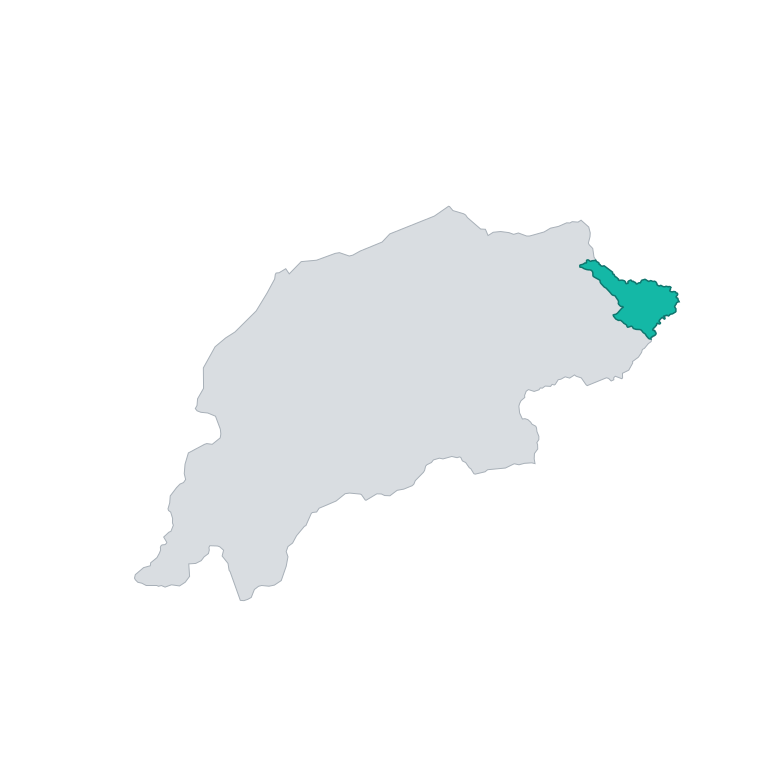 Bayan-Ölgiy on a map of Mongolia (Albers equal-area conic projection), rotated 157°
{"feature_id": "MNG-3208", "entity_name": "Bayan-Ölgiy", "entity_type": "Province", "adm_level": 1, "iso_a3": "MNG", "parent_name": "Mongolia", "parent_adm1": "", "projection": "albers", "projection_center": [89.851, 48.282], "detail": "fine", "context": "in_parent", "style": "filled", "palette": "teal", "viewbox_px": 768, "rotation_deg": 157, "n_neighbors": 0, "source": "natural_earth", "source_scale": "10m", "svg_char_len": 8633}
<svg xmlns="http://www.w3.org/2000/svg" viewBox="0 0 768 768"><g transform="rotate(157 384 384)"><path d="M80.1,344.6L82.4,344.6L85.8,342.0L86.3,338.5L87.4,336.5L95.5,335.7L99.2,336.8L99.8,334.6L100.5,334.2L102.5,336.2L104.3,335.4L105.6,334.5L106.8,331.8L109.6,332.3L114.4,329.3L114.2,324.0L116.1,322.7L120.4,321.7L120.9,319.3L121.7,318.6L124.9,317.9L130.2,315.1L132.7,314.8L134.6,312.4L139.3,309.3L146.4,307.6L146.9,306.1L153.3,301.1L160.3,300.7L162.0,296.4L163.0,295.9L168.1,300.8L170.1,300.0L170.8,298.1L173.7,298.0L175.1,301.4L176.8,302.8L197.6,303.1L198.3,304.4L200.0,312.5L204.1,316.1L205.1,317.9L210.8,316.9L214.4,319.8L219.4,319.3L221.9,319.9L226.6,316.7L227.7,316.6L229.4,318.0L231.6,316.7L236.4,319.1L239.9,318.3L241.7,319.3L243.6,318.1L248.7,318.5L253.2,322.4L255.9,321.8L259.0,318.6L259.7,316.6L264.4,315.1L266.9,312.9L268.5,310.9L270.5,304.3L270.3,297.7L267.8,297.0L265.5,295.0L263.9,291.6L263.5,289.2L260.8,285.8L260.8,283.9L261.8,280.5L261.9,275.3L263.2,272.3L266.2,270.3L266.3,268.2L267.9,264.1L272.7,261.2L275.0,256.4L276.1,251.7L278.8,253.7L285.7,256.1L291.3,256.9L295.3,259.7L305.0,259.2L322.1,264.6L325.3,263.7L335.3,265.4L336.3,266.3L337.2,272.1L338.2,273.6L339.5,279.8L341.9,282.6L342.0,286.4L343.0,287.4L345.5,287.6L349.9,290.8L359.0,292.0L362.0,294.1L368.2,294.8L371.0,293.2L376.1,292.9L377.8,292.1L380.4,288.6L382.2,287.3L393.0,282.8L395.6,280.2L397.6,279.4L406.8,279.5L413.5,281.0L422.2,278.8L427.0,281.1L429.4,283.8L433.5,285.7L445.9,284.0L446.6,284.5L448.0,291.0L448.8,291.9L458.4,297.1L462.6,298.2L473.8,295.0L492.3,295.0L496.0,292.5L500.2,293.7L501.6,293.2L511.2,284.2L512.9,284.1L523.8,278.5L530.3,273.3L535.9,271.9L539.5,268.0L539.9,262.5L545.2,254.5L555.4,243.2L563.5,241.7L568.9,242.8L575.3,246.3L578.5,246.8L583.6,245.5L589.6,239.4L593.6,239.0L597.6,239.3L600.8,241.0L599.0,271.4L599.4,273.0L597.7,279.8L600.2,288.9L596.6,293.7L598.9,298.5L600.7,300.0L607.5,303.2L609.0,302.0L609.7,299.4L611.9,296.5L617.1,295.2L621.3,292.8L627.4,292.4L634.0,294.7L638.1,282.9L644.4,279.2L651.1,278.0L658.1,282.2L664.9,282.6L667.7,285.5L670.6,285.9L671.9,287.3L681.6,291.4L684.8,295.3L688.1,297.7L689.4,301.0L689.5,302.8L687.4,305.7L677.1,308.9L670.1,308.0L668.6,310.6L660.8,312.9L657.0,315.9L654.6,318.3L653.6,321.2L652.5,322.2L651.2,322.6L648.2,321.7L646.3,322.5L645.8,323.1L646.6,329.2L640.0,331.6L637.6,331.7L633.1,336.3L633.0,338.8L631.1,342.9L630.4,349.5L631.8,351.7L631.6,353.5L627.7,358.3L624.5,364.5L615.4,369.7L610.9,371.6L607.1,371.6L603.9,373.6L602.9,379.5L598.5,387.9L591.0,397.0L572.8,398.6L570.4,398.4L565.7,395.6L555.8,398.4L553.7,401.8L552.3,406.4L551.7,420.2L557.6,426.2L563.6,429.5L566.5,432.3L567.3,435.1L564.5,437.3L561.4,443.2L551.8,450.5L544.0,469.4L524.9,484.3L511.7,488.3L500.9,490.1L473.1,501.2L456.1,513.4L443.6,523.4L441.2,527.4L439.9,528.3L437.1,527.4L429.4,528.5L428.2,522.4L412.4,529.0L397.7,524.3L377.8,523.3L373.7,522.3L366.0,515.4L362.4,514.8L353.9,515.7L330.3,515.4L320.0,519.9L272.0,518.9L255.1,522.4L254.3,521.7L252.8,516.7L244.1,509.5L242.8,507.6L242.2,504.6L234.5,488.9L230.2,486.8L230.2,480.0L224.2,481.0L217.1,478.8L209.8,474.5L206.2,471.1L201.3,470.5L194.8,464.4L192.0,463.3L177.2,461.4L169.9,462.4L161.9,460.9L152.9,461.0L150.0,459.6L147.4,459.9L142.1,457.2L138.6,457.8L134.2,448.5L135.1,442.6L136.8,439.1L140.8,433.9L140.7,431.9L138.9,427.2L141.1,418.8L140.2,413.6L137.8,407.8L134.8,406.4L130.5,398.5L129.1,392.2L127.2,388.0L122.9,385.4L121.4,381.6L120.1,381.4L119.2,382.6L116.6,383.1L114.0,380.7L112.5,378.0L111.0,377.3L108.1,377.4L105.6,378.7L102.7,378.0L100.3,375.5L93.9,371.7L93.7,368.9L92.8,367.0L90.9,366.4L89.0,364.4L82.8,361.9L82.7,360.6L84.4,357.6L80.2,355.1L78.6,352.5L81.1,349.2L80.1,346.9L80.1,344.6Z" fill="#d9dde1" stroke="#a8b0b8" stroke-width="1"/><path d="M81.6,356.1L80.4,355.5L80.0,355.2L79.7,354.9L79.6,354.6L79.6,354.0L79.6,353.7L79.4,353.5L79.2,353.4L78.8,353.2L78.5,352.9L78.5,352.4L78.6,351.9L78.9,351.4L80.4,350.7L81.1,350.1L81.1,349.1L80.8,348.8L80.5,348.6L80.2,348.4L80.1,347.8L80.2,347.2L80.4,346.8L80.5,346.3L80.4,345.7L80.2,344.8L80.2,344.5L80.6,344.7L80.9,344.7L82.8,344.5L83.1,344.3L83.5,343.8L84.2,343.2L85.7,342.3L86.3,341.6L86.4,340.9L86.1,340.1L85.9,339.2L86.3,338.4L86.5,338.0L86.8,337.1L87.0,336.7L87.5,336.4L90.8,335.9L91.2,335.9L92.1,336.2L92.6,336.3L93.8,336.2L94.1,336.1L94.9,335.6L95.2,335.5L95.5,335.5L95.8,335.8L96.3,336.4L96.7,336.8L97.1,336.9L99.9,337.2L100.0,337.0L99.6,336.1L99.7,335.0L99.7,334.6L99.9,334.3L100.3,334.2L100.6,334.3L100.8,334.7L101.0,335.2L101.2,335.6L101.3,335.9L101.5,336.2L101.6,336.4L101.8,336.6L102.6,336.5L105.3,335.3L105.9,334.8L106.3,334.1L106.1,333.4L105.6,332.6L105.8,331.9L106.3,331.6L107.0,331.7L108.1,332.8L108.6,333.1L109.2,333.1L109.7,332.6L110.1,331.9L110.5,331.4L111.1,331.4L111.9,330.8L113.7,330.2L114.9,329.5L115.3,329.2L115.5,328.8L115.3,328.3L115.0,328.0L114.1,327.6L113.9,327.3L113.9,327.0L114.2,326.7L114.2,326.4L114.1,326.2L113.8,325.9L113.7,325.7L113.7,325.4L113.8,324.3L113.9,324.0L114.0,323.9L114.7,323.3L115.7,323.0L118.3,322.9L119.3,322.6L120.2,322.2L120.7,321.4L120.7,321.1L121.1,321.3L122.1,321.9L122.3,322.1L122.4,322.3L122.6,322.5L123.0,323.7L123.6,325.5L123.7,326.3L123.8,326.5L123.8,327.2L123.8,327.4L123.9,327.8L124.0,328.0L125.2,329.9L125.5,330.6L125.8,332.0L126.0,332.4L126.1,332.7L126.2,333.0L126.3,333.3L126.5,333.5L127.1,334.1L130.6,335.8L132.6,337.5L132.8,337.9L132.9,338.4L132.9,338.7L132.8,338.9L132.9,339.1L133.0,339.5L133.3,340.2L133.4,340.3L133.5,340.4L134.0,340.7L135.1,340.7L136.9,340.9L137.4,341.0L137.5,341.1L137.7,341.5L137.8,342.3L137.8,342.5L137.7,343.0L137.7,343.3L137.7,343.5L137.8,343.7L137.9,343.9L139.1,345.7L139.2,345.9L139.4,346.0L139.5,346.1L139.9,347.4L141.1,349.9L141.4,350.1L141.9,350.4L143.2,350.9L143.5,351.0L143.7,351.3L144.2,352.1L144.8,352.6L145.0,352.9L145.1,353.0L145.4,353.7L146.0,356.0L146.2,356.4L146.2,356.7L146.1,357.4L146.1,357.9L145.2,358.0L143.3,357.6L141.4,358.0L135.8,360.7L133.8,361.2L133.8,361.5L134.0,362.0L135.5,362.8L135.8,363.1L136.1,363.6L136.8,365.7L136.9,366.3L136.8,366.7L136.1,367.8L135.9,368.5L135.8,369.2L135.9,370.1L136.1,370.8L136.6,373.3L136.6,374.0L136.7,374.4L136.9,374.8L137.2,375.2L138.1,375.9L138.5,376.2L139.0,376.8L139.2,377.1L139.4,377.6L140.2,380.3L141.9,385.0L142.4,386.0L142.8,386.4L143.3,387.0L143.6,387.7L145.0,391.7L145.1,392.2L145.2,393.0L145.1,393.5L145.0,394.0L144.8,394.4L144.8,394.8L144.8,395.3L145.4,396.1L148.0,399.4L149.3,401.2L149.3,402.2L148.4,404.5L148.3,405.2L148.2,405.8L148.3,406.4L148.5,407.0L148.9,407.8L149.8,408.5L150.4,408.9L151.2,409.2L152.8,410.2L154.8,412.0L156.2,414.0L157.9,415.0L157.8,415.7L157.7,416.2L157.3,416.7L156.9,416.9L154.0,416.5L151.6,416.9L151.3,416.7L150.7,416.4L150.4,416.5L150.1,416.7L149.9,417.2L149.5,418.2L149.2,418.6L148.7,418.8L148.1,418.7L147.4,418.3L147.0,417.7L146.2,416.4L145.7,416.1L145.2,416.1L144.6,416.2L144.0,416.1L142.7,415.6L141.2,415.3L140.8,415.3L140.8,414.9L140.5,413.8L140.0,412.9L139.2,412.2L139.0,411.8L138.9,411.2L139.1,410.6L139.2,410.3L139.1,410.0L139.0,409.9L138.8,409.7L138.6,409.6L138.4,409.0L138.3,408.5L138.1,408.1L137.8,407.6L137.4,407.3L137.0,407.0L136.6,406.9L136.1,406.9L135.3,406.8L134.8,406.1L130.0,397.8L129.9,397.6L130.0,397.4L130.1,397.2L130.3,396.8L130.4,396.3L130.3,395.8L130.1,395.4L129.5,395.1L129.4,394.3L129.4,393.4L129.4,392.6L129.1,392.2L128.5,391.7L128.2,391.3L127.7,389.9L127.4,389.4L127.2,388.9L127.4,388.5L127.6,388.2L127.5,387.9L127.1,387.5L126.7,387.3L124.9,386.8L124.0,386.4L123.2,385.8L122.5,385.1L122.2,384.7L122.0,384.2L121.9,383.5L122.0,383.0L122.1,382.4L122.0,381.9L121.7,381.6L120.9,381.6L120.2,381.3L119.9,381.5L119.7,381.8L119.7,382.2L119.6,382.6L119.4,382.9L118.8,383.2L116.8,383.3L116.1,383.2L115.9,382.8L115.8,382.0L115.6,381.6L115.3,381.3L114.6,381.2L114.3,381.0L114.1,380.6L113.9,380.2L113.8,379.8L113.5,379.6L113.2,379.5L112.9,379.2L112.8,378.8L112.8,378.4L112.7,377.6L112.2,377.3L111.4,377.3L110.9,377.5L109.9,377.5L109.6,377.5L108.9,377.1L108.6,377.0L108.2,377.2L107.3,378.0L106.9,378.3L106.5,378.7L106.0,378.8L105.0,378.6L103.3,378.5L102.7,378.3L100.6,375.3L100.3,375.0L99.8,374.9L98.7,375.0L98.2,375.0L97.6,374.6L96.4,373.3L95.8,373.1L95.4,373.1L95.0,373.0L94.2,372.3L94.0,371.9L93.8,371.4L93.7,370.9L93.6,370.3L93.6,369.8L93.9,368.7L93.7,368.2L92.6,366.8L92.1,366.5L91.7,366.6L91.4,366.7L90.9,366.7L90.3,366.3L89.4,365.0L88.9,364.5L87.6,363.8L87.2,363.7L86.6,363.8L86.3,363.8L85.9,363.6L85.3,363.1L84.8,362.8L84.5,362.4L84.3,362.3L84.1,362.3L83.7,362.4L82.9,362.0L82.3,361.3L82.1,360.7L82.8,360.2L83.0,360.0L83.2,359.7L83.3,359.4L83.4,359.1L84.3,358.6L84.5,358.3L84.4,357.6L83.9,357.0L82.9,356.2L82.4,356.1L81.6,356.1Z" fill="#14b8a6" stroke="#0f766e" stroke-width="1.5"/></g></svg>